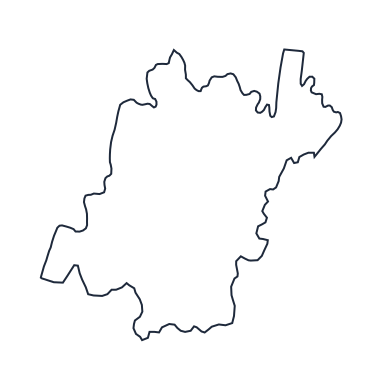 Staryya Darohi, Minsk, Belarus (Equal Earth projection), rotated 97°
{"feature_id": "67162791B98065545782790", "entity_name": "Staryya Darohi", "entity_type": "district", "adm_level": 2, "iso_a3": "BLR", "parent_name": "Belarus", "parent_adm1": "Minsk", "projection": "equal_earth", "projection_center": [28.161, 53.049], "detail": "fine", "context": "isolated", "style": "outline", "palette": "slate", "viewbox_px": 384, "rotation_deg": 97, "n_neighbors": 0, "source": "geoboundaries", "source_scale": "gbopen_adm2", "svg_char_len": 3683}
<svg xmlns="http://www.w3.org/2000/svg" viewBox="0 0 384 384"><g transform="rotate(97 192 192)"><path d="M329.5,164.2L329.9,162.3L326.3,158.7L323.3,156.0L320.2,149.2L320.2,142.5L317.2,136.1L310.0,135.2L299.8,135.7L293.8,138.4L289.6,140.2L281.2,141.6L272.7,139.3L270.3,136.6L267.3,136.6L258.9,139.3L255.3,139.7L249.9,135.7L251.7,131.2L252.9,127.6L252.9,125.3L251.7,118.6L246.9,114.9L240.9,113.1L234.2,110.9L230.6,110.9L230.0,115.8L230.0,119.5L225.2,123.1L218.0,122.2L215.6,118.6L213.2,115.4L208.4,114.5L204.8,118.1L202.4,119.9L195.8,118.1L192.2,115.4L186.8,119.0L182.6,119.0L179.6,114.9L179.6,111.8L177.2,109.1L170.6,107.3L166.4,107.3L157.4,103.7L149.0,101.9L146.0,97.8L150.8,94.2L149.6,90.6L144.2,89.7L141.2,85.7L138.8,81.2L138.2,75.8L142.2,74.7L138.7,72.5L133.5,69.3L128.5,65.9L124.5,63.9L119.5,60.7L115.5,57.4L112.0,55.1L108.2,53.4L105.0,52.5L101.7,52.4L98.6,53.3L95.6,54.7L94.8,57.0L95.4,58.6L95.0,61.0L93.3,62.4L90.8,63.6L89.4,65.7L89.6,67.5L91.3,70.0L91.3,71.8L88.1,73.6L84.6,74.1L81.7,74.2L79.2,75.1L79.0,77.6L79.8,80.8L78.5,85.4L76.7,86.4L74.4,86.5L72.7,85.8L71.0,84.0L68.7,84.0L64.6,84.4L62.9,86.7L63.3,89.4L65.6,91.4L67.9,92.7L71.3,93.9L73.3,95.7L71.3,97.3L66.7,97.9L58.5,97.8L40.3,98.0L38.9,99.5L38.9,102.5L38.9,103.4L39.3,117.8L43.3,118.5L57.7,119.3L73.5,119.6L83.5,119.4L92.6,119.2L98.4,118.7L102.5,118.8L107.0,119.9L107.9,122.0L106.8,123.6L102.7,124.9L99.0,125.5L96.3,126.2L96.1,128.2L98.9,129.6L101.8,130.6L103.8,132.2L105.1,133.9L105.1,136.5L103.2,138.5L100.4,138.7L96.9,137.5L95.1,136.5L91.5,135.6L88.7,135.9L86.1,137.0L84.5,139.9L84.1,142.6L85.4,145.4L87.7,146.8L89.0,150.1L89.3,152.2L87.9,153.9L85.0,156.2L82.0,157.4L78.9,158.9L76.2,160.7L72.9,162.5L70.1,165.3L69.6,168.1L70.7,171.2L72.7,172.9L74.0,175.7L74.5,180.2L74.5,184.0L75.8,186.4L79.3,188.1L81.6,188.4L84.3,189.2L85.3,190.8L86.0,193.5L87.3,194.8L88.9,195.3L90.8,195.7L91.1,197.7L90.3,199.9L89.0,202.0L86.0,204.6L83.2,207.5L81.6,209.8L79.9,211.9L76.2,212.4L71.5,213.8L67.4,214.2L64.6,215.3L62.0,216.9L59.3,218.9L56.6,221.4L55.6,224.0L53.3,227.3L57.7,228.7L61.1,230.2L63.6,230.5L66.9,230.8L68.1,232.7L68.4,236.9L69.2,241.7L70.3,243.3L73.4,244.4L75.3,246.0L76.9,249.2L78.8,250.8L85.1,250.8L89.6,249.6L94.2,248.0L98.6,246.0L101.3,244.4L103.2,242.8L103.8,242.1L104.2,239.9L106.7,238.3L109.6,237.9L111.7,238.5L112.7,240.1L111.7,241.8L109.8,244.7L109.8,246.9L110.7,249.4L111.5,251.8L111.5,253.4L110.9,255.9L110.1,257.9L107.6,261.0L107.6,264.3L109.2,267.4L111.3,271.0L114.2,273.9L120.9,274.9L126.5,275.4L132.6,275.7L139.6,276.4L145.9,277.7L152.4,278.4L159.6,278.4L164.4,278.1L168.4,277.7L172.4,277.1L174.8,276.0L178.6,274.8L183.8,274.4L185.9,276.0L186.9,278.0L188.8,279.6L192.6,280.3L195.7,279.7L199.2,278.6L203.0,279.2L205.3,283.5L205.5,289.2L207.1,292.1L207.5,294.6L208.6,297.2L211.5,298.0L215.2,298.0L219.2,296.4L222.1,295.0L226.5,293.6L231.3,292.9L234.2,292.6L237.7,292.1L241.0,292.9L243.5,295.5L245.0,298.7L245.4,302.8L243.3,305.0L242.3,308.5L241.6,312.5L241.0,316.9L241.6,319.4L243.9,321.3L248.7,322.6L252.2,323.6L258.5,324.8L264.3,325.5L267.8,326.6L273.9,327.7L277.6,328.3L283.9,329.9L294.3,331.5L295.4,331.6L296.0,330.6L298.4,318.2L297.7,309.1L290.5,305.5L279.0,300.0L279.0,296.3L286.3,293.6L292.3,290.4L299.5,285.8L306.1,282.6L306.7,277.2L306.1,268.5L303.7,263.5L298.8,259.9L298.2,255.3L295.2,249.9L290.4,245.8L292.2,243.0L294.6,237.6L298.8,235.8L304.8,230.8L310.2,228.0L316.8,226.7L322.2,228.5L326.5,233.0L330.1,233.5L334.3,233.5L339.7,230.3L342.1,225.8L345.1,223.5L342.1,218.0L336.0,217.1L335.4,212.2L335.4,207.6L330.0,205.3L325.8,198.5L325.8,193.1L328.8,189.9L331.1,186.3L331.7,181.8L329.9,176.4L325.1,173.6L325.7,170.9L329.3,165.5L329.5,164.2Z" fill="none" stroke="#1e293b" stroke-width="2"/></g></svg>